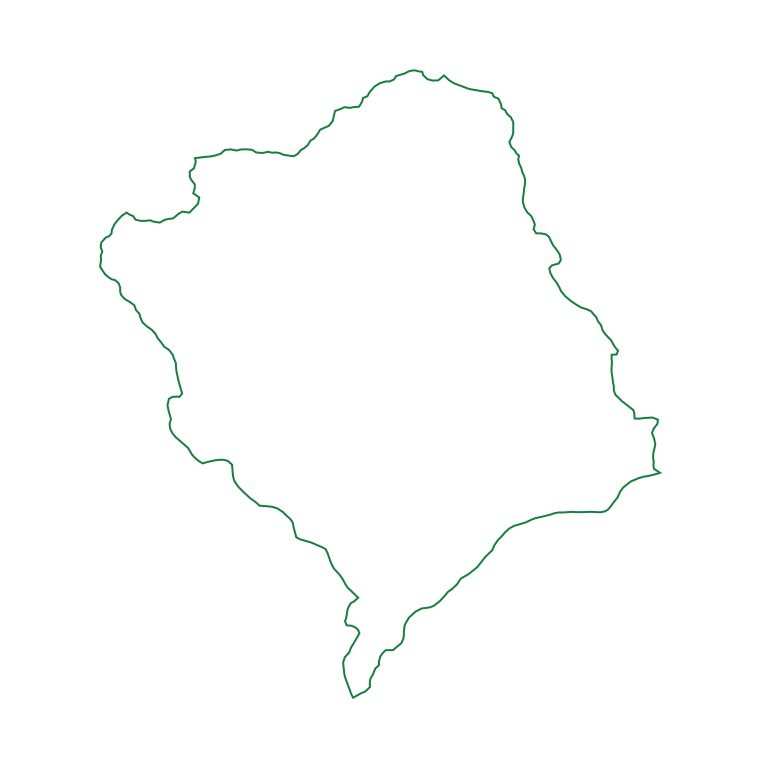 the district of Barretos, São Paulo, Brazil, rotated 83°
{"feature_id": "56859067B29660912500509", "entity_name": "Barretos", "entity_type": "district", "adm_level": 2, "iso_a3": "BRA", "parent_name": "Brazil", "parent_adm1": "São Paulo", "projection": "mercator", "projection_center": [-48.643, -20.518], "detail": "fine", "context": "isolated", "style": "outline", "palette": "green", "viewbox_px": 768, "rotation_deg": 83, "n_neighbors": 0, "source": "geoboundaries", "source_scale": "gbopen_adm2", "svg_char_len": 4799}
<svg xmlns="http://www.w3.org/2000/svg" viewBox="0 0 768 768"><g transform="rotate(83 384 384)"><path d="M85.1,286.8L89.3,293.3L88.7,299.1L86.7,303.8L82.3,307.4L78.8,308.1L77.8,311.9L76.4,315.2L76.4,320.3L78.4,326.1L79.9,334.5L83.0,337.1L84.4,341.6L83.9,345.3L84.9,351.4L87.4,356.8L92.3,362.5L96.3,365.4L97.6,370.0L101.0,371.3L105.7,374.9L105.5,380.8L105.8,384.2L104.4,389.6L105.8,393.7L107.0,399.3L111.2,400.9L116.6,402.8L121.0,407.2L122.6,412.5L123.8,416.4L127.7,419.4L131.5,423.1L133.6,427.4L137.6,430.6L140.4,434.9L141.7,438.0L145.1,441.5L146.9,445.8L145.9,449.9L144.5,455.2L142.1,459.5L141.0,463.0L140.8,467.1L139.4,470.7L139.9,476.6L138.6,482.7L135.4,486.6L134.2,492.6L133.8,498.0L134.3,501.9L132.4,507.8L132.4,513.5L135.4,517.8L136.5,522.7L137.0,527.7L136.8,533.4L136.8,538.8L136.8,544.1L140.3,543.7L146.8,546.4L149.4,550.9L155.0,551.5L158.5,550.1L162.9,547.4L166.6,548.0L171.5,550.1L176.4,544.6L182.5,546.7L185.8,550.8L190.2,556.3L188.3,563.1L190.1,567.3L192.0,570.1L193.9,573.3L193.9,577.4L194.4,581.9L196.5,586.9L195.0,592.4L193.0,596.3L193.0,600.8L192.4,605.9L190.5,610.7L186.9,612.4L184.9,615.8L182.5,618.6L185.1,623.8L189.0,628.5L192.7,632.1L197.8,635.3L201.6,636.2L203.9,639.0L204.7,642.4L209.2,647.4L213.9,648.6L218.2,647.4L222.1,649.5L226.8,649.8L233.0,651.5L237.2,649.5L241.2,647.4L244.5,644.4L247.0,641.4L248.1,638.2L251.7,635.1L256.1,634.1L260.4,634.6L263.6,634.0L267.7,631.3L271.4,626.6L275.4,622.2L280.2,621.2L284.5,618.2L288.8,617.6L293.2,616.3L297.8,612.4L302.0,607.9L306.4,604.7L311.1,603.0L315.5,600.1L320.2,597.6L323.9,593.3L329.2,590.1L332.8,589.5L337.8,588.1L344.9,588.5L349.1,588.2L354.8,587.7L363.5,586.4L368.8,585.5L371.8,588.5L371.2,591.8L371.0,595.5L372.5,599.3L378.7,601.5L384.0,601.1L392.8,599.7L397.4,601.7L402.4,601.7L407.3,599.9L411.3,597.3L423.7,586.2L430.6,583.2L433.4,581.3L437.8,577.4L440.7,573.6L439.8,568.2L439.2,561.5L439.2,556.6L439.7,552.3L441.3,548.4L445.6,544.6L453.2,545.0L457.7,545.0L461.4,544.5L465.4,542.7L468.6,540.9L474.4,536.4L481.1,530.7L483.5,528.0L486.7,524.8L489.6,522.4L490.5,517.8L492.1,510.4L494.4,505.1L498.6,500.1L503.1,496.5L506.9,493.2L510.3,491.5L515.8,491.1L525.5,489.7L528.0,486.0L532.5,475.5L538.6,465.1L540.8,462.1L545.0,460.6L553.9,458.7L557.5,457.6L561.3,456.1L567.6,451.5L572.6,448.8L577.6,446.9L581.3,445.2L587.1,440.4L593.0,435.7L596.0,440.0L597.4,443.5L600.4,446.0L603.5,447.7L608.1,449.0L611.8,450.1L614.7,451.6L619.0,450.5L620.0,445.6L622.3,441.8L625.1,439.6L628.6,438.8L636.1,444.5L641.6,448.8L646.3,451.4L650.3,456.1L655.4,458.5L662.4,458.7L666.6,458.7L669.9,458.5L688.0,454.2L691.6,452.9L690.1,449.2L688.1,444.3L686.9,440.0L683.1,434.9L677.6,434.3L674.5,433.2L671.2,430.6L665.4,427.3L662.5,423.3L658.9,422.8L654.3,421.1L651.3,418.5L648.4,414.9L649.2,407.4L646.8,403.9L643.6,398.7L639.8,396.1L635.8,394.9L631.9,394.4L625.7,392.8L619.0,387.8L616.4,384.2L613.7,380.3L611.4,374.0L611.3,365.7L610.2,361.6L606.6,355.4L603.5,351.7L600.7,348.5L598.3,346.1L595.4,340.9L591.8,336.0L586.5,331.5L584.6,327.0L583.0,323.2L577.1,313.7L574.5,311.1L568.0,304.6L566.0,301.9L562.3,296.9L557.5,294.1L552.4,289.6L550.3,286.7L545.9,281.8L542.7,277.3L540.7,272.4L539.9,267.5L538.6,259.9L536.6,254.1L535.6,250.0L535.0,243.4L534.0,235.2L533.0,230.4L532.8,226.6L533.4,221.0L533.6,216.7L534.0,211.8L534.8,207.6L535.3,202.9L535.7,198.0L536.2,193.7L537.7,184.8L537.3,180.0L535.9,176.9L533.1,173.9L529.5,170.6L525.2,166.1L519.6,162.7L516.1,159.4L513.8,155.9L510.8,150.9L508.6,143.2L507.6,137.2L507.5,132.9L506.7,126.0L505.8,120.9L500.9,126.5L497.4,126.4L493.6,125.7L489.6,125.9L485.8,125.2L477.2,122.1L471.2,122.5L465.3,124.0L461.4,121.9L456.7,117.4L452.7,116.5L450.0,121.8L449.5,129.2L449.5,135.0L448.8,139.5L443.7,139.1L440.3,139.7L433.1,146.8L430.4,149.6L426.9,152.4L422.9,155.6L418.5,156.7L414.4,156.2L410.1,156.5L404.1,156.5L399.4,156.7L394.3,155.9L390.1,155.1L386.3,155.0L382.8,154.5L383.0,149.5L379.5,147.7L375.7,150.1L371.6,152.0L368.1,153.3L365.6,155.4L361.6,158.2L357.2,160.6L352.1,161.4L347.8,164.0L343.2,165.3L340.2,167.6L337.0,169.6L334.4,173.9L332.2,178.9L328.4,183.8L324.3,188.5L319.1,193.3L313.2,197.1L309.4,198.2L304.5,200.3L298.9,203.6L293.6,205.5L289.2,205.8L286.7,202.8L285.7,196.0L282.4,193.3L276.6,193.9L271.2,196.6L267.3,199.1L263.4,200.6L258.2,202.2L255.4,204.7L253.7,209.4L253.0,214.6L248.4,216.7L244.2,214.8L240.4,215.7L235.4,217.3L230.9,221.0L226.0,223.1L219.8,224.0L216.5,223.4L213.2,222.5L206.9,221.0L201.2,219.3L197.4,219.1L193.5,219.9L190.3,221.0L186.6,221.4L181.7,223.0L177.4,223.4L173.9,222.1L171.3,224.4L167.7,226.0L164.1,229.0L158.9,230.0L154.8,227.2L151.3,225.3L145.7,224.5L139.8,223.8L134.5,225.7L131.1,228.8L127.0,230.4L124.5,233.7L120.6,233.7L114.7,235.7L112.3,239.9L108.5,241.2L106.6,245.7L105.7,249.8L101.7,263.2L93.9,278.2L90.4,282.4L85.1,286.8Z" fill="none" stroke="#15803d" stroke-width="2"/></g></svg>